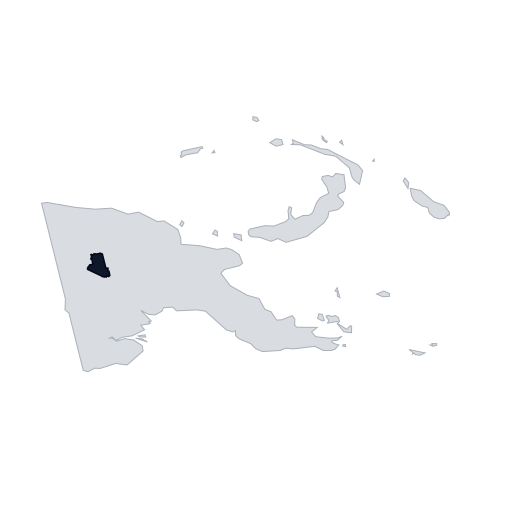 Koroba/Kopiago District, Southern Highlands, Papua New Guinea (highlighted), rotated 346°
{"feature_id": "67681753B5215612812424", "entity_name": "Koroba/Kopiago District", "entity_type": "district", "adm_level": 2, "iso_a3": "PNG", "parent_name": "Papua New Guinea", "parent_adm1": "Southern Highlands", "projection": "mercator", "projection_center": [142.383, -5.438], "detail": "fine", "context": "in_parent", "style": "filled", "palette": "ink", "viewbox_px": 512, "rotation_deg": 346, "n_neighbors": 0, "source": "geoboundaries", "source_scale": "gbopen_adm2", "svg_char_len": 5901}
<svg xmlns="http://www.w3.org/2000/svg" viewBox="0 0 512 512"><g transform="rotate(346 256 256)"><path d="M60.7,325.0L60.7,266.2L57.7,261.9L60.7,251.5L60.7,153.0L66.2,153.5L93.2,165.4L111.4,171.7L127.3,174.6L141.9,184.4L152.7,185.0L168.7,198.8L175.2,199.7L186.6,211.3L187.3,220.6L186.0,226.5L203.3,232.2L219.9,240.2L228.9,241.0L233.8,243.8L240.0,250.6L241.2,259.8L237.6,261.4L222.1,261.4L217.7,264.4L224.0,278.8L238.0,292.0L248.6,298.0L251.7,310.0L257.1,313.7L260.5,323.2L266.0,324.2L276.7,322.6L278.4,326.6L276.8,332.6L278.4,335.0L298.1,340.1L291.5,343.3L294.5,348.8L307.3,353.5L315.3,355.3L320.1,354.7L314.5,357.5L309.5,356.6L308.5,357.5L310.6,359.8L314.8,362.3L310.4,365.4L306.2,365.9L298.2,363.8L291.3,357.9L269.8,355.2L262.4,352.6L256.5,353.5L239.2,350.3L233.5,346.1L229.7,339.8L219.4,332.1L217.0,328.4L218.0,323.4L215.2,324.1L209.3,320.5L193.6,297.3L185.6,294.0L165.7,290.0L162.9,285.5L153.6,283.8L151.5,286.7L143.9,288.8L137.5,286.6L131.1,280.9L138.6,293.8L136.0,293.7L137.2,295.7L135.8,296.0L127.5,295.3L130.0,300.6L116.4,303.5L106.2,302.5L101.4,303.8L99.4,303.6L96.8,299.7L93.1,300.4L96.2,300.5L100.1,305.0L108.6,304.4L116.8,307.8L123.8,315.5L123.5,320.8L104.6,330.5L93.7,326.3L77.7,327.4L72.0,325.8L64.9,327.7L60.7,325.0ZM345.6,195.3L349.4,197.9L353.4,195.2L361.0,198.5L359.5,211.2L357.1,214.7L350.7,216.0L349.9,217.9L354.1,225.3L352.3,228.0L346.8,230.8L337.6,230.5L335.1,235.6L330.1,240.2L310.2,249.3L288.6,250.0L281.5,244.4L274.1,245.4L264.1,238.8L255.8,236.1L254.1,233.6L254.3,230.3L256.6,228.4L271.5,228.7L280.9,231.3L293.3,229.7L296.8,227.7L298.1,219.6L300.1,216.2L302.2,217.8L299.7,224.1L302.6,229.7L311.4,228.1L317.1,229.4L321.4,227.7L327.7,218.9L332.6,214.9L341.7,212.8L341.5,206.3L338.3,197.4L339.6,194.9L345.6,195.3ZM454.3,260.5L453.1,263.4L452.5,262.4L448.0,265.1L442.8,264.3L438.1,261.4L434.6,256.2L434.4,250.4L429.4,247.8L422.8,240.5L421.5,235.6L422.0,227.6L431.6,232.3L441.4,246.1L450.7,252.4L454.3,260.5ZM380.1,198.9L373.7,211.5L369.7,206.3L368.2,202.7L367.9,193.0L357.6,178.6L347.1,173.8L325.8,158.8L317.4,156.4L319.5,155.7L319.4,152.0L330.0,159.8L336.5,161.7L345.2,167.8L351.2,169.9L377.0,192.4L380.1,198.9ZM209.9,136.3L230.1,136.8L230.5,138.5L227.8,138.7L224.4,141.7L212.3,140.9L207.1,142.4L206.7,140.3L208.6,139.7L208.3,137.4L209.9,136.3ZM311.6,331.0L315.3,333.2L318.5,332.9L320.9,335.4L321.3,339.6L319.9,340.5L319.0,339.2L309.2,338.4L311.1,336.1L309.3,331.4L311.6,331.0ZM309.2,154.4L302.1,154.3L296.8,149.4L303.7,147.1L309.0,149.3L309.2,154.4ZM326.2,349.0L330.7,346.4L331.8,347.3L330.1,353.6L323.0,350.9L318.2,340.7L326.2,349.0ZM363.8,322.1L371.6,320.9L375.3,323.7L376.4,324.7L375.7,327.4L369.2,326.2L363.8,322.1ZM381.9,383.8L396.5,390.9L391.1,392.0L386.5,390.1L385.9,388.4L384.1,389.0L385.0,387.8L381.9,383.8ZM245.9,237.7L239.5,232.5L239.8,228.9L246.7,232.0L245.9,237.7ZM306.8,334.9L304.9,335.1L300.6,331.4L303.2,327.3L306.2,328.8L306.8,334.9ZM419.8,227.3L417.0,218.8L419.5,216.3L421.9,221.7L419.8,227.3ZM223.6,227.3L219.1,224.0L222.4,220.9L224.4,222.6L223.6,227.3ZM291.6,125.2L289.1,125.8L285.8,123.1L286.8,120.0L290.6,122.0L291.6,125.2ZM194.1,206.4L191.4,209.5L189.6,207.2L192.6,203.8L194.1,206.4ZM327.1,306.4L327.3,316.6L325.2,314.6L326.2,310.3L324.2,309.1L327.1,306.4ZM125.5,309.0L129.9,313.2L119.3,306.5L125.5,309.0ZM129.3,308.0L123.5,306.3L122.3,305.0L129.2,305.6L129.3,308.0ZM410.2,384.8L409.8,386.3L406.0,386.5L403.5,384.5L405.9,384.9L405.5,383.5L410.2,384.8ZM367.1,164.4L367.3,169.1L364.6,165.8L367.1,164.4ZM352.9,161.9L351.8,163.1L349.1,159.8L349.6,159.2L352.9,161.9ZM321.4,363.5L321.0,365.6L318.4,364.5L318.8,363.2L321.4,363.5ZM350.6,158.2L348.6,158.8L348.9,155.6L350.6,158.2ZM240.9,143.4L241.1,145.8L238.3,145.3L240.9,143.4ZM394.0,190.7L393.6,192.8L392.1,192.1L394.0,190.7Z" fill="#d9dde1" stroke="#a8b0b8" stroke-width="1"/><path d="M96.2,214.7L96.2,218.6L96.1,218.3L96.1,218.2L95.9,218.2L95.7,218.1L95.3,218.3L95.2,218.3L95.1,218.5L95.1,218.9L95.1,219.0L95.2,219.3L95.3,219.3L95.3,219.5L95.5,219.7L95.5,219.8L95.6,220.0L95.8,220.1L95.9,220.3L96.0,220.4L96.0,220.5L96.1,220.8L96.1,221.0L96.0,221.4L96.0,221.5L95.9,221.5L95.8,221.9L95.8,222.0L95.8,222.3L95.7,222.4L95.7,222.5L95.8,222.8L95.9,223.0L95.7,223.3L95.7,223.5L95.6,223.8L95.7,224.0L95.7,224.3L95.8,224.3L95.7,224.4L95.7,224.5L95.4,224.7L95.2,224.7L94.9,224.7L94.7,224.7L94.4,224.6L94.2,224.5L94.0,224.4L93.9,224.4L93.7,224.4L93.6,224.5L93.4,224.5L93.2,224.5L93.1,224.4L92.9,224.3L92.7,224.4L92.4,224.4L92.3,224.5L92.2,224.7L92.1,224.8L92.1,225.0L91.9,225.0L91.7,225.2L91.7,225.3L91.4,225.4L91.2,225.6L90.8,225.9L90.6,226.0L90.4,226.2L90.3,226.3L90.2,226.3L90.1,226.5L89.9,226.7L89.9,226.8L89.7,226.9L89.7,227.0L89.6,227.3L89.5,227.5L89.4,227.6L89.4,227.8L89.5,227.9L89.5,228.1L89.4,228.1L89.4,228.3L101.5,238.2L101.6,238.3L101.6,238.5L101.8,238.6L102.0,238.7L102.0,238.8L102.3,238.9L102.3,239.0L102.5,239.1L102.8,239.1L103.1,239.4L103.5,239.6L103.8,239.7L103.9,239.8L104.0,239.8L105.4,239.8L105.7,240.1L106.1,239.3L107.3,239.8L108.2,240.3L108.9,239.9L109.5,239.4L109.6,238.4L109.4,237.6L109.7,237.0L109.6,236.5L109.6,235.0L108.5,234.7L108.4,234.3L108.8,233.5L109.1,233.3L109.1,233.0L109.5,232.1L107.4,231.3L107.4,216.9L107.2,216.9L106.9,217.0L106.8,216.9L106.7,216.9L106.5,216.7L106.4,216.6L106.4,216.4L106.4,216.2L106.2,216.0L106.0,215.9L105.7,215.7L105.3,215.5L105.2,215.5L104.9,215.5L104.6,215.6L104.4,215.7L104.2,215.8L103.9,215.8L103.6,215.6L103.3,215.5L103.2,215.5L102.8,215.6L102.5,215.7L102.5,215.8L102.4,215.8L102.1,215.7L101.6,215.4L101.4,215.3L101.2,215.2L100.9,215.1L100.7,215.2L100.3,215.1L100.2,215.0L99.9,215.0L99.8,214.8L99.7,214.7L99.4,214.6L99.3,214.8L99.2,214.8L99.0,215.0L99.1,215.3L99.0,215.5L98.9,215.6L98.7,215.7L98.4,215.8L98.5,215.8L98.4,216.0L98.1,216.0L97.9,215.9L97.7,215.8L97.7,215.7L97.6,215.4L97.5,215.2L97.4,215.2L97.2,215.2L97.0,214.9L96.9,215.0L96.7,215.0L96.5,214.9L96.4,214.9L96.3,214.7L96.2,214.7Z" fill="#0f172a" stroke="#020617" stroke-width="1.5"/></g></svg>